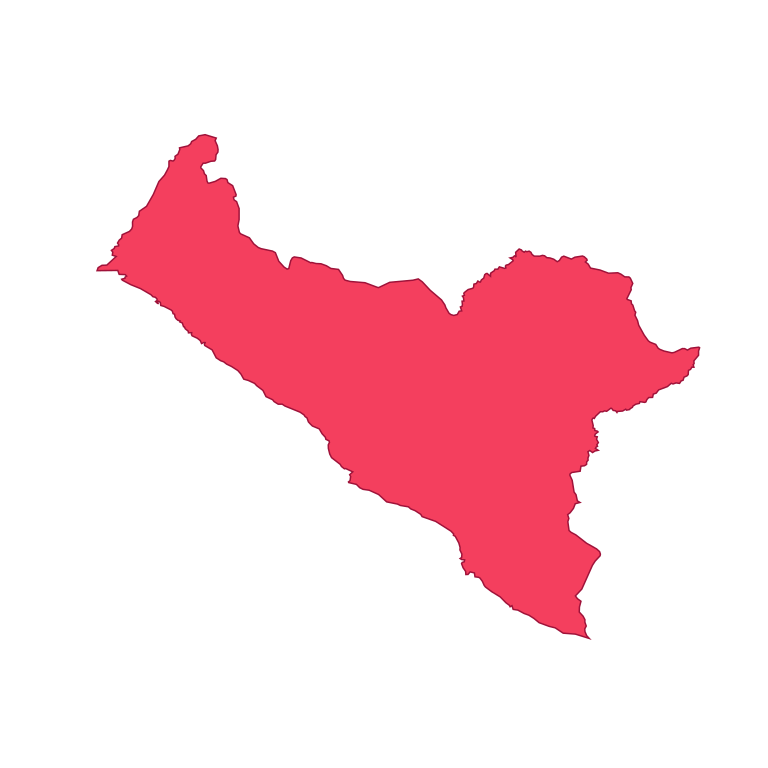 outline of Morondava, Menabe, Madagascar, rotated 281°
{"feature_id": "10022922B91714644312966", "entity_name": "Morondava", "entity_type": "district", "adm_level": 2, "iso_a3": "MDG", "parent_name": "Madagascar", "parent_adm1": "Menabe", "projection": "robinson", "projection_center": [44.353, -20.514], "detail": "fine", "context": "isolated", "style": "filled", "palette": "rose", "viewbox_px": 768, "rotation_deg": 281, "n_neighbors": 0, "source": "geoboundaries", "source_scale": "gbopen_adm2", "svg_char_len": 6155}
<svg xmlns="http://www.w3.org/2000/svg" viewBox="0 0 768 768"><g transform="rotate(281 384 384)"><path d="M479.8,686.9L480.2,686.0L477.7,678.3L475.2,675.4L476.1,672.4L475.7,670.1L470.4,662.9L469.5,660.7L469.8,652.5L470.7,647.9L471.6,646.1L474.7,643.2L475.8,637.3L476.8,635.2L481.6,630.1L490.3,622.8L494.6,620.8L499.4,617.2L502.5,617.4L503.6,616.1L508.9,613.2L510.0,611.6L512.8,610.7L513.4,606.8L514.0,606.1L523.7,608.7L525.7,608.0L530.2,609.0L534.9,605.6L535.8,604.0L535.1,599.9L537.0,595.7L537.8,592.3L535.6,583.3L537.1,574.3L537.2,564.6L540.7,561.5L542.2,558.4L544.3,559.8L545.3,559.2L547.1,556.3L547.5,554.4L544.9,547.2L542.4,544.1L543.8,536.1L542.4,534.1L538.7,532.6L537.1,530.7L538.9,526.8L539.4,522.9L539.1,519.7L540.5,517.2L540.5,515.0L539.2,512.5L538.2,507.1L539.4,504.6L541.3,503.1L542.1,501.1L541.1,499.0L541.4,497.5L540.1,496.5L541.1,493.9L541.8,493.4L542.3,490.9L538.4,488.1L533.7,489.4L534.7,488.5L534.7,487.6L532.9,486.3L531.8,483.7L530.6,486.6L529.6,487.3L525.0,483.4L524.0,481.2L522.9,480.7L521.2,481.5L520.5,480.4L521.0,474.9L518.4,473.8L517.9,471.0L516.3,470.6L513.1,467.5L510.1,468.0L512.2,464.1L511.8,463.1L510.5,462.0L507.0,461.7L504.7,459.7L502.5,459.2L502.3,458.3L503.0,456.5L500.3,455.5L499.2,453.2L496.2,453.5L494.9,452.9L492.8,448.6L489.0,445.3L488.1,445.1L486.4,446.0L485.2,444.2L484.0,445.5L480.7,446.6L480.2,444.8L477.0,445.8L475.2,445.8L474.2,444.3L470.6,446.3L469.8,443.9L466.2,442.7L464.6,439.4L464.9,436.4L465.9,434.3L470.6,430.2L473.3,428.6L477.5,424.4L484.8,411.5L491.6,402.1L493.7,397.6L491.4,392.6L484.9,370.2L477.6,360.3L477.6,359.1L479.8,346.0L478.2,331.2L478.5,326.0L480.0,324.1L482.7,322.6L487.8,317.5L487.3,309.8L489.1,304.9L490.0,299.2L489.3,294.3L489.5,289.9L489.0,289.0L491.9,278.6L491.6,271.6L490.3,270.0L487.2,268.9L479.2,268.5L478.3,267.0L479.7,263.6L484.4,257.3L492.2,252.3L493.2,249.2L493.4,237.6L494.0,234.5L496.7,229.4L501.8,224.0L504.0,214.8L505.1,213.2L511.3,210.4L517.7,210.4L528.6,208.3L534.9,204.5L536.0,201.9L537.0,201.2L538.7,200.6L540.2,202.8L541.7,202.7L549.8,197.6L551.9,192.3L554.7,190.9L555.4,189.2L554.8,184.6L550.7,179.7L547.7,173.9L547.8,172.7L549.5,171.5L554.7,169.7L556.1,167.6L559.0,166.1L561.2,163.0L562.2,162.7L566.2,164.3L566.7,166.6L569.6,171.6L570.6,175.2L572.2,175.9L577.0,175.4L579.9,176.7L582.4,176.4L586.0,175.0L590.6,171.8L593.4,172.4L594.6,160.8L592.2,154.8L588.3,152.5L585.3,148.9L582.9,148.4L580.4,146.3L576.8,138.2L575.1,138.8L570.3,137.9L567.6,135.4L565.6,136.0L563.4,135.2L562.6,134.3L562.7,131.6L561.7,130.4L556.4,131.4L552.8,130.5L547.1,128.7L539.8,124.4L526.1,121.4L513.1,117.0L506.9,110.9L502.5,111.1L500.3,109.7L497.9,106.6L495.0,106.2L490.9,107.1L488.1,106.8L485.2,105.0L480.6,98.5L477.1,98.6L474.8,96.7L471.5,95.5L470.0,97.0L468.9,97.1L467.5,93.6L465.5,93.3L463.2,90.9L461.7,92.6L458.6,92.7L458.1,96.8L447.8,89.2L446.7,84.5L443.7,81.2L440.5,80.7L444.7,101.0L441.1,103.1L442.0,109.1L440.8,110.8L439.4,109.4L438.4,109.6L436.8,106.5L436.0,107.3L433.2,116.5L431.2,126.7L427.2,138.2L425.6,140.5L425.5,143.1L424.0,145.1L422.5,145.2L421.4,144.0L419.9,146.3L420.0,146.9L421.9,145.9L422.2,147.0L421.4,148.9L418.5,149.9L418.2,153.4L416.1,160.7L415.1,162.4L412.8,163.5L412.5,165.1L409.9,166.1L408.4,167.5L407.2,169.6L407.0,171.8L406.0,171.7L405.4,174.4L402.0,176.3L401.9,177.3L400.3,178.3L398.5,181.7L396.9,182.3L397.7,185.4L395.9,185.5L394.7,186.4L393.3,192.0L391.6,195.3L388.9,197.2L390.4,199.3L390.5,200.5L388.5,200.2L387.6,200.7L384.7,208.8L377.7,214.3L375.7,219.2L375.2,222.4L373.5,225.7L372.1,231.0L369.3,238.0L366.4,241.7L362.0,245.4L361.6,250.1L359.9,256.9L358.1,259.3L354.6,266.4L349.1,270.6L347.3,277.7L345.8,279.4L344.0,284.0L344.8,287.9L343.5,290.9L340.3,307.1L338.4,311.4L337.0,312.7L336.0,314.9L332.4,317.0L330.7,319.3L329.1,321.7L327.6,329.0L323.4,332.7L320.5,336.6L318.6,337.5L317.7,340.9L316.3,341.6L313.6,340.9L310.1,341.7L304.9,344.1L301.7,346.6L296.8,356.3L294.9,358.0L293.2,361.3L293.7,362.6L291.8,370.1L288.4,367.6L286.9,368.9L282.6,369.1L281.1,367.8L280.5,368.2L280.2,376.1L277.6,379.9L276.6,383.5L276.9,389.7L274.5,399.8L268.8,409.1L268.7,420.2L267.9,423.2L268.1,431.4L266.5,434.1L265.6,438.7L263.1,444.9L261.1,446.7L259.0,460.9L252.4,477.7L250.1,481.0L248.7,481.0L248.1,483.0L242.2,487.8L238.0,489.9L235.6,490.2L231.9,492.9L228.5,493.3L227.2,492.0L226.5,493.7L226.8,496.7L224.8,496.7L223.8,494.8L222.5,494.4L218.7,496.7L215.6,499.9L212.6,500.7L213.1,502.8L216.0,504.4L215.8,508.8L212.1,510.1L212.3,513.7L211.9,515.1L209.1,518.2L205.4,520.8L204.1,522.3L200.6,529.5L197.2,538.7L192.5,545.5L190.7,549.3L189.4,550.3L190.8,551.9L187.4,553.8L187.6,558.5L185.5,565.2L184.7,570.3L182.5,575.9L179.3,581.8L177.6,592.4L177.3,598.6L173.6,607.4L175.0,619.6L173.4,634.0L175.6,631.0L179.3,628.5L181.9,627.8L185.0,628.7L188.6,626.6L191.0,626.2L194.1,623.7L197.4,619.2L202.4,618.4L208.3,618.8L210.2,614.8L212.5,612.3L220.4,617.3L245.8,623.2L250.5,625.1L256.6,628.9L258.3,628.9L260.6,627.6L262.7,624.1L266.3,613.3L272.5,601.1L274.1,595.9L275.5,593.6L284.0,590.7L287.3,591.1L290.8,589.2L293.2,591.3L298.0,593.7L303.0,594.6L305.1,599.0L306.2,596.1L312.0,593.6L314.2,591.2L325.4,587.1L330.0,583.8L331.0,583.7L332.9,585.1L335.8,593.2L340.9,593.0L342.0,596.4L343.7,598.2L346.3,597.8L348.1,598.9L350.3,598.3L353.0,598.8L356.4,597.1L358.0,598.7L356.5,601.8L358.5,603.9L359.8,606.9L361.1,603.8L362.6,604.3L363.6,605.5L364.9,604.5L367.4,605.6L370.3,603.2L372.9,603.4L372.8,601.3L373.2,600.7L375.1,600.9L377.8,603.3L378.4,602.6L378.6,599.8L380.5,599.3L380.7,597.5L383.1,597.3L388.4,594.9L390.0,595.4L390.6,596.0L390.3,597.0L392.8,597.9L398.1,601.7L398.5,604.1L399.7,605.6L399.7,607.8L403.5,611.3L403.5,612.1L401.8,614.0L401.9,616.5L400.5,618.1L401.6,618.4L403.0,623.4L405.4,626.1L404.6,627.0L405.8,630.0L406.6,630.2L408.5,632.3L409.9,632.6L412.2,635.0L413.7,638.4L415.5,638.6L415.7,643.5L416.4,644.5L418.8,645.0L421.2,646.4L422.1,650.2L425.5,650.3L427.0,653.0L430.6,654.7L435.6,662.8L439.5,665.8L439.2,667.7L440.8,670.5L441.0,674.0L443.7,675.1L444.8,676.9L447.9,677.2L449.8,679.9L451.3,680.8L455.5,680.3L456.8,682.1L459.3,683.0L459.6,685.0L462.0,683.8L463.1,684.5L465.9,683.8L472.2,687.3L476.4,686.5L479.8,686.9Z" fill="#f43f5e" stroke="#9f1239" stroke-width="1.5"/></g></svg>